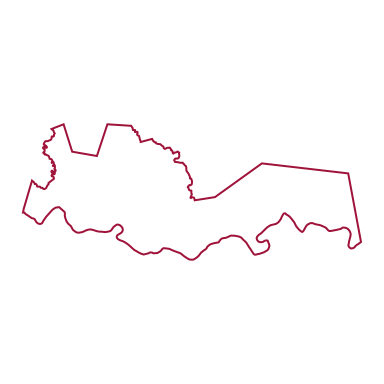 the district of San Miguel (La Dorada), Putumayo, Colombia
{"feature_id": "7082276B25468013916959", "entity_name": "San Miguel (La Dorada)", "entity_type": "district", "adm_level": 2, "iso_a3": "COL", "parent_name": "Colombia", "parent_adm1": "Putumayo", "projection": "robinson", "projection_center": [-76.899, 0.311], "detail": "fine", "context": "isolated", "style": "outline", "palette": "rose", "viewbox_px": 384, "rotation_deg": 0, "n_neighbors": 0, "source": "geoboundaries", "source_scale": "gbopen_adm2", "svg_char_len": 5936}
<svg xmlns="http://www.w3.org/2000/svg" viewBox="0 0 384 384"><path d="M23.0,212.6L24.5,212.6L25.0,213.5L26.4,214.6L27.8,215.4L31.7,218.1L33.4,218.5L34.6,219.1L36.3,222.0L37.5,223.1L39.0,223.9L40.9,223.9L42.2,223.0L43.7,220.2L44.8,218.8L45.8,217.2L52.5,209.7L55.4,207.7L57.8,207.3L59.2,207.2L64.6,212.0L64.8,213.0L64.9,214.3L64.8,215.9L65.2,217.6L65.7,219.1L66.7,221.7L68.3,223.8L70.9,226.1L72.9,229.8L74.5,231.1L76.3,232.3L78.0,232.7L79.1,232.7L81.8,232.2L83.6,231.6L85.3,230.7L87.8,229.8L90.0,229.4L92.2,229.7L97.3,231.3L99.9,231.7L101.3,231.7L105.4,232.1L109.3,231.4L110.8,230.7L111.5,229.9L113.7,226.8L115.9,225.2L117.0,224.6L118.1,224.6L119.6,225.0L121.1,226.2L122.5,228.0L122.8,229.9L122.4,231.4L121.4,232.7L119.7,233.8L118.4,234.5L117.2,235.4L116.8,236.4L116.8,237.5L117.3,238.3L117.9,239.1L119.0,239.7L120.4,240.4L123.1,241.3L125.9,242.9L128.8,245.0L134.3,250.0L137.1,251.5L138.6,252.5L139.8,253.0L141.5,253.9L143.7,254.5L148.5,253.3L149.7,252.6L150.5,252.4L152.2,252.6L153.2,253.2L153.7,253.3L157.4,253.0L159.9,251.6L161.2,250.5L161.7,249.6L162.6,248.7L163.5,248.2L165.2,248.3L169.1,248.8L174.4,251.1L179.5,252.9L180.8,253.5L184.5,256.5L187.9,258.7L189.3,259.4L191.1,259.7L192.7,259.7L194.1,259.3L197.2,257.2L198.7,255.8L201.2,252.5L204.3,250.1L205.9,249.1L206.6,248.2L207.1,247.1L207.9,246.2L209.9,244.6L211.0,244.1L213.5,243.3L216.6,242.7L218.1,242.5L218.9,242.0L219.4,241.1L220.3,239.9L221.5,238.8L222.7,238.2L224.9,238.0L226.4,237.6L231.0,235.6L234.3,235.7L235.8,235.9L239.1,236.6L241.1,237.5L242.0,238.3L242.7,239.2L245.6,241.9L246.4,242.8L247.0,243.7L249.1,247.2L250.4,248.9L251.4,250.6L252.6,252.4L253.9,254.2L254.8,254.7L255.6,254.7L257.4,254.2L259.2,253.9L263.7,252.4L266.8,250.6L267.6,250.0L268.4,249.0L269.1,247.1L269.4,245.7L269.0,244.0L268.4,242.7L267.8,240.9L267.4,240.5L266.5,240.4L265.4,240.6L264.5,240.8L263.4,241.7L261.9,242.1L259.7,242.1L258.4,241.5L257.7,240.7L257.2,240.0L256.6,238.2L257.1,236.8L257.9,235.8L259.0,234.7L261.0,233.4L266.9,227.6L268.9,226.2L270.2,225.4L272.1,224.8L275.8,224.0L278.4,222.3L279.8,220.5L280.8,219.1L281.5,217.4L283.0,214.5L283.8,213.6L284.4,213.3L285.1,213.3L285.7,213.7L286.1,214.3L288.3,215.6L289.5,216.5L291.1,218.3L294.1,222.1L296.3,226.4L299.1,229.7L300.6,231.0L301.7,231.8L302.4,231.9L303.0,231.4L303.6,230.7L305.4,227.4L306.3,225.9L307.7,224.5L310.5,223.1L312.5,223.1L315.3,224.2L319.5,225.0L321.1,225.5L324.7,227.1L326.0,227.9L328.3,230.4L329.3,231.0L330.7,231.0L336.5,229.9L340.3,229.0L341.2,228.7L342.3,227.8L343.0,227.5L344.6,227.6L346.2,228.0L348.0,229.0L349.4,230.7L350.2,232.3L350.7,234.1L350.4,236.4L349.2,240.9L348.4,245.4L348.9,246.8L350.0,247.9L351.1,248.5L353.0,248.2L354.4,247.4L355.6,245.9L357.0,244.8L358.5,243.9L361.0,242.0L348.2,173.4L261.9,163.4L215.0,197.1L194.7,200.3L194.3,198.3L193.9,197.7L192.5,197.3L192.0,197.2L191.7,197.3L191.0,198.0L190.6,197.9L190.5,197.5L190.7,197.1L191.8,194.4L191.8,194.0L191.6,193.7L191.3,192.7L191.4,190.9L191.3,190.6L190.2,190.5L189.6,190.3L189.2,190.0L188.8,189.3L188.6,188.4L188.3,187.5L187.8,187.2L188.0,186.6L189.4,185.1L190.5,185.2L191.5,184.6L191.8,183.9L192.0,182.5L192.0,181.3L191.3,178.8L191.2,178.7L190.5,178.7L190.0,178.3L189.9,177.9L190.0,177.3L189.7,176.1L189.1,175.1L188.8,174.1L186.4,170.7L186.3,167.4L186.0,166.7L185.9,166.1L184.8,165.3L184.1,164.3L183.4,163.6L182.7,163.1L182.6,162.7L180.6,162.8L178.9,162.5L177.7,162.1L176.3,162.1L175.6,161.8L175.2,162.0L175.0,161.9L174.3,160.5L174.2,160.2L174.4,159.7L175.0,158.8L175.4,158.6L177.9,158.5L178.5,158.0L178.9,157.6L179.1,157.0L179.3,156.0L179.3,155.0L179.0,153.3L179.2,152.6L178.3,152.1L177.8,151.6L177.6,151.6L175.7,152.5L174.5,152.5L173.7,153.2L173.5,153.6L173.3,153.6L173.1,153.5L172.7,152.8L172.4,151.1L172.0,150.5L171.4,150.4L171.0,150.1L171.0,149.3L170.6,148.9L169.9,147.7L169.7,147.6L168.7,147.8L167.1,147.8L166.8,147.9L165.8,148.6L165.4,148.8L164.5,148.8L164.2,148.6L163.7,148.0L163.6,147.2L163.2,146.5L162.1,145.8L160.3,144.2L158.1,144.0L157.0,143.7L156.5,143.5L156.0,143.0L155.7,142.3L155.1,142.4L154.7,142.3L154.0,141.5L153.4,141.2L153.0,140.6L152.6,140.1L152.6,139.7L152.1,138.9L140.7,142.0L140.5,141.0L139.6,138.5L139.4,137.2L138.9,135.8L137.5,135.2L137.2,134.7L137.1,134.0L137.4,133.5L137.6,133.0L137.5,132.1L137.4,131.9L137.0,131.8L136.0,131.8L135.5,132.0L135.0,131.9L135.0,130.1L134.8,130.0L133.4,130.1L132.9,129.9L132.6,128.0L132.1,127.2L131.3,126.1L131.2,125.8L107.4,124.3L96.9,156.0L72.2,151.7L63.6,124.3L51.5,129.0L51.9,129.5L53.1,130.1L53.5,130.9L54.0,132.3L54.7,133.3L54.7,133.5L54.0,134.5L53.9,135.8L53.8,136.2L53.2,136.6L52.0,136.4L51.8,136.6L51.6,137.1L51.5,138.6L51.2,139.3L51.0,139.6L49.5,140.4L47.8,141.1L45.6,141.2L45.2,141.4L44.7,142.1L43.8,143.8L43.8,144.4L44.0,144.8L45.0,145.1L46.4,146.2L46.7,146.6L46.9,147.3L46.7,147.7L46.4,147.8L45.5,147.5L44.3,147.0L43.4,147.1L43.1,147.7L43.2,148.4L43.9,149.0L44.6,149.4L44.7,150.4L44.5,151.3L43.3,152.6L43.4,153.0L43.7,153.4L44.4,153.2L44.7,153.4L44.9,154.4L45.2,154.7L45.8,154.5L46.0,154.6L48.6,155.9L49.2,157.1L49.5,158.6L50.2,159.1L51.3,159.1L51.9,159.7L52.4,161.0L52.3,161.5L51.7,162.3L51.7,162.5L51.8,162.8L52.3,162.7L53.0,162.0L53.2,161.9L53.6,162.5L53.9,163.5L53.9,164.4L53.3,165.2L52.9,165.5L52.9,165.8L53.0,166.0L53.5,166.1L54.2,165.0L54.4,165.0L54.8,165.3L54.9,167.4L54.9,168.0L54.4,168.9L54.7,169.4L55.5,169.9L55.6,170.6L55.4,171.2L54.3,171.4L53.2,171.8L52.7,171.6L52.3,170.8L52.0,170.7L51.6,170.9L51.4,171.5L51.5,172.0L52.3,173.1L52.9,173.1L53.3,172.4L53.5,172.3L54.2,172.3L54.8,172.8L54.7,173.8L54.4,174.1L53.8,174.4L52.6,174.2L51.9,174.8L51.6,175.4L51.7,176.0L51.9,176.3L53.3,176.7L53.6,177.0L53.9,178.1L53.9,178.8L48.5,183.0L48.6,184.1L47.3,185.6L46.2,188.0L45.7,188.4L44.3,189.1L43.4,188.9L42.4,187.9L40.9,187.8L40.6,187.6L40.5,187.2L40.1,186.8L39.7,186.6L37.3,186.6L36.9,186.1L36.8,185.2L36.6,184.7L36.4,184.4L35.9,184.0L35.5,183.9L34.7,184.0L34.6,183.9L34.4,182.8L34.2,182.5L32.0,180.6L23.7,208.9L23.0,212.6Z" fill="none" stroke="#9f1239" stroke-width="2"/></svg>